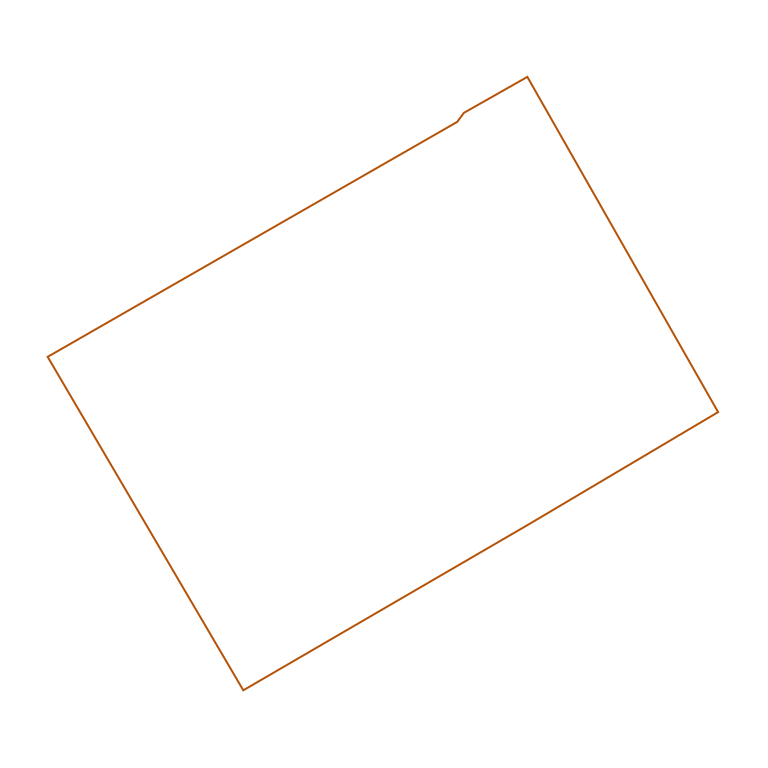 DeSoto, Florida, United States of America (orthographic projection), rotated 150°
{"feature_id": "52423323B50185112630259", "entity_name": "DeSoto", "entity_type": "district", "adm_level": 2, "iso_a3": "USA", "parent_name": "United States of America", "parent_adm1": "Florida", "projection": "orthographic", "projection_center": [-81.91, 27.186], "detail": "fine", "context": "isolated", "style": "outline", "palette": "amber", "viewbox_px": 768, "rotation_deg": 150, "n_neighbors": 0, "source": "geoboundaries", "source_scale": "gbopen_adm2", "svg_char_len": 274}
<svg xmlns="http://www.w3.org/2000/svg" viewBox="0 0 768 768"><g transform="rotate(150 384 384)"><path d="M107.7,357.0L106.3,578.3L179.2,578.9L189.6,574.4L661.7,575.7L659.0,189.1L329.1,190.1L108.7,192.6L107.7,357.0Z" fill="none" stroke="#b45309" stroke-width="2"/></g></svg>